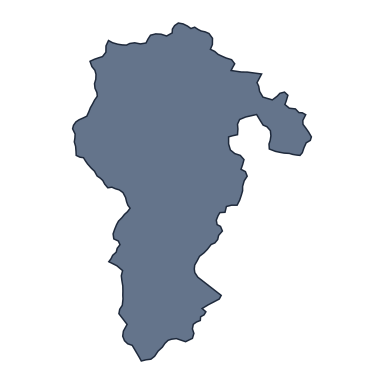 the district of Ibirataia, Bahia, Brazil
{"feature_id": "56859067B75251017379914", "entity_name": "Ibirataia", "entity_type": "district", "adm_level": 2, "iso_a3": "BRA", "parent_name": "Brazil", "parent_adm1": "Bahia", "projection": "orthographic", "projection_center": [-39.619, -13.995], "detail": "fine", "context": "isolated", "style": "filled", "palette": "slate", "viewbox_px": 384, "rotation_deg": 0, "n_neighbors": 0, "source": "geoboundaries", "source_scale": "gbopen_adm2", "svg_char_len": 2828}
<svg xmlns="http://www.w3.org/2000/svg" viewBox="0 0 384 384"><path d="M91.9,66.6L94.9,70.3L96.0,74.4L95.8,79.2L94.5,83.7L95.0,88.3L96.9,92.5L97.3,96.2L94.5,100.2L92.6,103.9L90.4,107.7L88.9,111.6L86.8,116.2L83.1,118.0L79.0,119.8L75.9,121.9L73.5,125.3L72.6,128.8L75.1,134.0L74.9,138.0L74.3,141.9L75.6,146.3L76.0,151.2L76.2,155.4L80.0,157.2L83.5,157.7L85.5,161.0L87.6,164.0L91.3,168.2L94.5,171.2L97.1,176.0L100.2,178.1L102.8,180.5L104.7,184.1L107.8,187.8L111.9,187.2L115.3,188.7L119.3,189.9L123.0,192.6L125.6,197.6L126.6,201.8L127.9,205.3L130.1,208.2L127.5,211.7L124.5,214.4L121.9,217.7L118.5,221.1L116.6,224.6L114.6,229.5L113.1,233.9L113.8,238.9L118.3,241.0L120.0,244.7L117.2,248.3L116.2,252.2L112.7,255.3L111.0,258.8L108.8,261.7L116.8,265.7L122.6,270.6L121.3,275.8L121.9,280.6L122.8,286.0L122.9,291.2L122.8,295.2L123.0,298.9L122.3,305.3L119.7,309.3L118.9,313.7L127.1,324.4L123.4,331.1L122.7,336.2L124.5,340.7L127.7,343.8L132.2,345.3L139.5,357.7L141.3,361.0L146.0,359.8L150.9,359.2L154.6,356.3L158.1,351.1L162.4,347.1L164.9,343.4L168.1,340.3L171.5,339.2L176.4,338.6L185.6,341.7L188.8,340.1L192.4,338.4L193.9,333.4L192.4,328.9L193.3,324.3L196.5,322.0L200.3,320.5L200.6,316.8L204.0,314.9L205.9,311.8L202.1,308.5L208.4,304.7L219.3,299.0L221.2,295.4L197.8,277.2L194.8,272.6L194.3,269.0L194.7,265.1L197.1,260.9L199.5,256.3L204.0,252.8L207.4,249.3L211.1,244.5L214.9,242.9L217.7,239.5L218.6,235.4L222.4,231.0L220.5,226.4L217.1,224.6L216.3,220.2L218.1,215.6L219.9,212.6L225.0,212.3L226.4,206.5L231.5,205.2L237.1,205.2L239.7,200.1L241.3,195.3L242.6,190.8L242.6,186.4L244.2,180.8L247.2,176.2L245.4,171.6L241.0,169.3L242.6,164.7L244.0,159.6L240.3,155.4L234.8,153.6L230.4,150.0L228.6,144.0L228.6,136.9L232.3,135.8L237.5,134.7L237.9,129.0L237.5,124.2L239.6,119.5L245.6,117.0L256.6,114.5L259.8,119.8L263.1,125.1L266.9,126.7L270.4,130.7L270.9,135.9L270.2,140.5L269.0,144.0L269.3,149.0L275.5,151.4L279.8,152.3L284.1,153.1L289.3,153.4L292.7,154.4L296.3,155.0L300.0,155.4L302.3,152.7L304.0,147.7L306.2,142.8L310.3,140.4L311.4,136.9L308.6,132.1L305.6,127.8L303.0,124.4L302.8,120.5L305.7,114.7L302.3,112.8L298.9,112.6L295.4,108.9L289.3,108.2L284.9,104.5L286.2,101.0L287.9,95.3L284.5,92.1L279.9,93.3L277.2,96.2L272.3,99.9L262.9,97.1L259.6,91.4L258.7,86.2L257.0,82.6L259.0,78.9L261.6,74.0L247.4,72.1L241.3,72.0L231.1,70.5L232.7,67.3L234.7,63.8L231.6,59.7L226.1,58.0L222.2,56.3L218.1,54.4L214.7,51.4L210.4,49.3L212.4,44.5L212.5,38.3L209.0,33.5L205.0,31.8L201.2,31.0L198.0,29.4L194.7,27.2L190.9,28.5L187.4,26.0L183.1,23.9L178.3,23.0L174.6,25.6L172.4,29.1L172.2,32.9L166.6,36.0L161.1,34.2L155.7,33.9L150.5,35.2L148.1,38.9L146.0,43.0L140.4,43.9L134.7,42.8L129.7,43.5L126.5,45.1L122.2,44.9L117.7,44.2L112.5,42.7L108.5,40.5L106.0,45.9L105.9,52.2L102.5,56.6L98.6,57.8L94.3,59.3L90.0,61.3L91.9,66.6Z" fill="#64748b" stroke="#1e293b" stroke-width="1.5"/></svg>